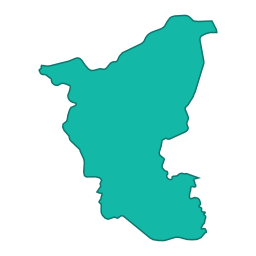 Lacs, orthographic projection
{"feature_id": "CIV-3461", "entity_name": "Lacs", "entity_type": "Department", "adm_level": 1, "iso_a3": "CIV", "parent_name": "Ivory Coast", "parent_adm1": "", "projection": "orthographic", "projection_center": [-5.076, 6.892], "detail": "fine", "context": "isolated", "style": "filled", "palette": "teal", "viewbox_px": 256, "rotation_deg": 0, "n_neighbors": 0, "source": "natural_earth", "source_scale": "10m", "svg_char_len": 3835}
<svg xmlns="http://www.w3.org/2000/svg" viewBox="0 0 256 256"><path d="M198.5,177.9L194.1,179.0L193.7,179.6L193.6,180.3L194.1,180.8L194.5,181.4L194.7,183.0L195.0,183.9L195.5,184.7L195.8,186.0L195.5,186.7L194.7,187.0L192.1,186.6L191.1,187.0L190.8,187.7L190.6,190.3L189.8,192.9L189.5,194.8L189.4,197.2L189.9,198.2L190.7,198.6L191.6,198.6L192.5,198.3L194.1,197.7L195.0,197.5L197.6,198.2L198.6,198.9L199.5,200.1L200.4,202.9L200.5,204.3L200.0,204.9L199.4,205.1L198.9,206.0L199.0,206.7L199.7,207.1L200.6,207.4L201.5,208.1L201.6,209.1L201.5,210.7L201.8,211.6L202.6,211.9L204.5,212.0L205.1,212.3L205.1,212.9L204.5,213.4L203.6,213.9L203.7,214.4L205.5,216.1L205.7,217.0L205.6,218.1L205.0,219.5L204.6,222.0L204.1,223.4L203.4,224.2L202.8,224.7L201.2,228.1L201.4,228.7L202.1,228.9L203.9,228.6L204.8,228.7L205.4,229.3L205.9,230.2L206.4,231.6L206.3,232.3L205.1,232.7L201.0,237.6L197.0,239.4L192.1,239.7L186.8,239.4L185.1,238.8L184.2,238.7L182.7,238.3L181.9,238.0L179.3,237.4L176.9,237.2L175.4,237.3L165.0,240.4L163.4,240.6L158.8,240.5L153.1,239.6L150.0,237.9L123.8,216.4L122.4,215.8L121.3,215.8L120.5,216.1L117.6,218.2L114.2,217.1L108.2,219.2L105.4,218.3L102.5,215.4L101.3,212.7L101.1,209.4L101.3,204.8L100.8,203.8L99.7,202.9L99.0,202.0L99.6,200.6L100.5,199.6L101.0,198.8L101.3,196.6L102.2,194.1L101.8,193.3L99.6,193.1L96.9,192.0L99.0,188.9L100.8,186.4L100.1,183.7L101.7,180.0L99.6,177.8L95.7,176.8L86.4,176.9L84.5,175.7L83.8,172.4L83.8,171.3L83.8,171.1L84.4,162.5L83.8,158.9L82.0,155.1L80.2,151.0L79.8,149.5L71.5,141.6L69.8,139.6L68.9,135.8L64.2,130.5L62.8,127.3L63.1,124.1L66.6,121.3L67.5,118.4L67.8,115.6L69.3,110.8L69.9,109.4L71.1,107.4L72.8,106.8L74.9,105.8L75.6,105.2L76.1,104.6L76.2,103.8L75.8,103.2L72.4,102.2L71.6,101.8L70.9,101.4L70.2,100.8L69.4,100.0L68.6,98.7L68.0,96.9L67.9,95.6L68.1,94.5L69.1,92.3L70.4,87.3L70.2,86.3L69.6,85.5L65.0,83.7L63.9,83.4L62.8,83.3L61.2,83.5L60.3,83.9L59.7,84.3L59.0,84.7L58.2,85.1L57.3,85.4L56.4,85.3L55.4,85.1L54.3,84.7L52.9,83.6L52.0,82.6L51.5,80.8L51.4,79.8L51.2,78.7L49.1,77.4L46.2,75.0L45.0,74.6L43.8,74.5L42.9,74.5L42.0,74.3L41.2,73.9L40.5,73.2L39.5,71.1L39.2,70.3L39.4,69.6L40.4,69.1L41.0,68.6L41.5,67.8L41.1,67.0L41.6,65.4L46.6,66.1L49.4,66.0L68.9,61.1L76.0,58.2L77.2,58.0L78.5,58.0L80.0,58.7L81.0,59.5L81.9,60.5L85.3,65.5L88.3,68.8L89.3,69.5L90.3,70.1L91.4,70.5L92.7,70.5L94.3,70.3L99.6,68.8L100.7,68.8L103.9,69.3L105.1,69.0L106.4,68.2L109.6,64.2L110.9,62.9L113.0,61.9L114.3,61.8L115.6,61.8L116.6,61.5L117.5,60.3L119.4,56.3L122.4,52.8L141.5,43.6L143.3,42.1L144.3,40.8L144.7,39.7L145.8,37.6L146.5,36.5L147.3,35.5L148.2,34.6L149.3,33.7L151.7,32.3L161.3,28.7L163.4,27.4L164.7,26.1L167.3,21.4L170.2,17.7L172.2,16.7L174.8,16.0L184.9,15.4L186.2,15.5L187.6,15.9L189.8,17.3L192.9,20.4L193.9,21.0L198.2,21.5L211.9,21.0L216.0,28.9L216.4,29.9L216.8,32.5L210.2,32.5L205.8,33.7L203.7,34.7L200.9,36.3L200.1,38.1L199.9,39.9L203.8,61.4L203.8,63.4L195.2,91.6L193.7,94.8L193.3,96.5L188.0,104.8L185.8,106.9L185.3,107.8L185.2,108.7L185.2,109.5L185.3,109.7L186.9,113.5L188.4,117.6L188.3,118.6L188.0,119.8L186.9,122.4L186.8,123.6L187.0,124.8L188.0,127.2L188.1,128.5L187.7,129.7L187.1,130.5L186.4,131.1L185.0,132.0L169.4,139.1L168.1,139.1L167.3,138.9L165.9,138.2L162.1,140.2L161.9,141.0L161.9,141.8L161.2,145.8L159.1,152.7L159.8,155.2L160.8,155.9L162.1,157.1L163.8,158.3L164.3,159.3L164.1,160.1L163.7,160.8L163.2,162.8L162.2,164.9L162.1,167.0L162.5,168.1L164.7,170.6L165.8,171.1L166.9,171.4L167.4,172.0L167.6,172.8L167.7,173.6L167.6,174.3L167.0,174.7L166.7,175.2L166.7,176.8L167.6,178.2L168.5,179.0L169.5,179.4L170.4,179.6L171.3,179.5L171.9,179.1L172.1,178.3L172.1,177.5L172.2,176.8L172.8,176.4L173.8,176.2L175.9,176.1L176.8,175.9L177.5,175.5L178.8,174.4L179.5,174.0L180.3,173.6L181.2,173.4L182.0,173.3L184.4,173.9L185.2,173.8L186.0,173.6L186.8,173.7L198.5,177.9Z" fill="#14b8a6" stroke="#0f766e" stroke-width="1.5"/></svg>